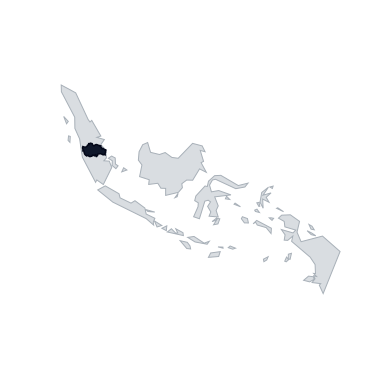 Jambi on a map of Indonesia (Albers equal-area conic projection), rotated 20°
{"feature_id": "IDN-1930", "entity_name": "Jambi", "entity_type": "Province", "adm_level": 1, "iso_a3": "IDN", "parent_name": "Indonesia", "parent_adm1": "", "projection": "albers", "projection_center": [102.763, -1.764], "detail": "fine", "context": "in_parent", "style": "filled", "palette": "ink", "viewbox_px": 384, "rotation_deg": 20, "n_neighbors": 0, "source": "natural_earth", "source_scale": "10m", "svg_char_len": 6171}
<svg xmlns="http://www.w3.org/2000/svg" viewBox="0 0 384 384"><g transform="rotate(20 192 192)"><path d="M133.4,160.7L139.5,168.9L148.6,167.9L153.3,164.1L161.3,166.4L167.5,165.0L175.9,146.1L185.8,145.2L190.5,149.7L185.5,150.1L192.4,159.3L190.5,161.3L198.7,168.6L191.2,167.7L188.6,180.7L182.9,182.6L179.6,187.7L181.5,191.3L179.3,197.0L168.4,204.2L166.0,197.6L161.5,199.1L156.9,195.5L148.7,199.7L147.6,195.1L137.5,195.5L135.7,183.7L130.7,180.4L128.5,172.3L129.5,164.4L133.4,160.7ZM32.5,136.2L48.8,138.6L69.7,159.5L72.2,161.1L73.3,159.0L87.2,170.6L83.9,173.2L91.7,172.7L90.1,178.7L96.5,181.9L99.9,189.3L98.5,192.8L103.7,191.3L108.2,196.4L106.1,215.3L98.4,213.2L98.1,215.9L77.1,196.8L68.2,180.5L60.2,172.3L56.2,161.8L35.0,142.5L32.5,136.2ZM351.5,197.3L350.0,242.6L343.5,236.0L344.3,234.1L335.8,236.0L337.3,231.5L335.0,229.1L335.8,228.8L337.2,229.0L338.0,228.8L334.1,226.9L335.9,226.4L332.5,218.1L325.3,212.8L302.5,204.3L301.8,198.9L298.5,204.7L295.1,205.7L294.1,200.4L288.8,196.7L300.9,195.9L302.5,192.3L291.2,193.0L288.7,188.1L282.2,187.0L284.2,183.1L292.2,179.8L303.1,182.8L304.4,193.8L311.5,201.4L329.7,188.8L351.5,197.3ZM240.0,169.2L232.0,173.9L209.8,172.0L207.1,173.7L206.1,179.5L210.2,185.2L216.6,181.5L229.6,181.4L215.0,188.8L221.4,196.1L221.0,201.1L225.2,206.5L216.3,208.9L216.5,204.3L211.6,200.2L212.8,194.9L210.0,194.2L207.2,196.2L208.1,214.6L202.0,214.7L202.7,203.7L201.6,200.0L197.5,199.2L197.0,194.4L202.2,181.9L204.5,181.6L203.8,176.2L207.7,168.9L213.4,166.5L233.3,170.1L241.6,164.5L240.0,169.2ZM108.4,215.9L124.0,218.6L126.4,222.1L138.5,223.3L141.4,219.7L153.2,223.2L156.5,228.4L166.1,229.4L165.9,233.6L167.3,236.2L158.1,232.7L121.1,228.6L102.7,222.3L108.4,215.9ZM259.8,170.7L266.6,165.8L263.5,171.6L267.9,175.3L260.8,174.5L264.4,182.9L259.4,178.3L257.7,168.6L262.2,161.3L259.8,170.7ZM262.5,196.6L279.0,198.9L280.5,204.0L273.9,200.1L264.6,200.7L262.0,198.6L260.3,201.0L262.5,196.6ZM224.1,235.9L211.9,237.9L203.5,236.1L209.1,233.1L220.9,235.9L225.1,232.4L224.1,235.9ZM189.3,232.1L197.4,233.3L198.8,235.9L182.5,238.0L185.2,233.6L190.7,236.2L192.6,235.3L189.3,232.1ZM238.9,238.4L239.1,243.5L229.8,247.8L230.4,242.9L238.9,238.4ZM108.2,186.3L110.5,191.9L113.6,192.7L112.5,196.1L107.9,194.4L106.4,189.9L101.9,188.9L104.2,185.7L108.2,186.3ZM333.3,236.2L327.1,236.8L330.3,231.2L335.1,230.1L336.6,232.3L333.3,236.2ZM204.8,240.9L208.5,243.3L210.2,246.0L206.4,246.9L197.5,241.8L204.8,240.9ZM253.2,198.0L255.6,201.8L251.8,203.1L247.5,200.2L247.8,198.0L253.2,198.0ZM166.5,232.0L175.1,233.8L171.1,236.8L166.5,232.0ZM179.9,232.4L181.1,237.1L176.1,236.4L179.9,232.4ZM123.3,193.6L119.1,197.1L119.5,192.6L123.3,193.6ZM306.4,215.6L307.2,221.7L305.3,221.9L303.8,217.5L306.4,215.6ZM163.9,223.6L157.3,225.4L154.5,224.3L163.9,223.6ZM227.3,207.7L227.3,213.1L223.5,215.4L225.1,208.1L227.3,207.7ZM45.6,164.9L51.6,168.0L50.8,170.8L45.6,164.9ZM60.3,187.1L57.9,185.9L56.8,181.5L58.6,181.4L60.3,187.1ZM283.4,232.9L282.1,230.7L285.7,226.8L285.5,230.3L283.4,232.9ZM278.0,177.5L284.8,179.2L277.1,178.4L278.0,177.5ZM236.3,187.7L242.6,189.3L235.7,189.1L236.3,187.7ZM224.4,210.3L221.0,212.9L224.0,208.1L224.4,210.3ZM313.0,182.5L316.5,183.1L319.8,185.7L316.6,186.2L313.0,182.5ZM252.1,229.9L249.8,231.8L245.1,231.9L246.3,229.7L252.1,229.9ZM305.9,222.6L304.4,225.4L302.8,225.3L303.1,220.8L305.9,222.6ZM262.4,188.2L258.2,188.6L257.1,187.6L258.9,185.9L262.4,188.2ZM313.4,189.0L318.5,189.6L323.3,190.8L318.6,191.3L313.4,189.0ZM225.9,184.2L230.0,186.1L225.7,187.0L225.9,184.2ZM266.3,161.2L263.4,160.7L266.2,158.7L266.3,161.2ZM235.2,234.7L239.9,233.2L240.4,234.2L235.2,234.7ZM277.7,188.8L276.9,191.3L273.4,189.9L275.2,189.2L277.7,188.8ZM179.7,201.5L177.9,203.2L179.4,197.9L179.7,201.5ZM258.5,178.8L260.6,182.2L259.8,182.7L256.6,180.0L258.5,178.8Z" fill="#d9dde1" stroke="#a8b0b8" stroke-width="1"/><path d="M90.1,179.9L90.2,180.0L90.3,180.0L90.1,180.3L90.4,180.3L90.6,180.3L90.8,180.5L91.0,180.8L91.2,181.0L91.3,181.0L91.5,181.2L91.5,181.3L91.8,181.3L92.1,181.6L92.3,181.6L92.5,181.6L92.6,181.8L92.7,182.1L92.8,182.2L92.9,181.9L93.0,181.7L93.3,181.6L93.6,181.5L94.1,181.7L94.3,181.8L94.7,181.9L94.9,181.9L95.3,182.1L95.5,182.2L95.8,182.0L96.2,181.9L96.6,181.9L96.9,182.6L96.8,183.0L96.8,183.3L96.9,183.5L97.1,183.8L97.2,184.3L97.2,185.4L97.2,185.7L97.3,186.0L97.6,186.5L97.7,186.8L97.4,186.8L97.2,186.6L96.9,186.5L96.7,186.5L96.4,187.1L96.2,187.3L95.6,187.4L95.2,187.5L94.9,187.4L93.7,187.2L93.4,187.2L93.2,187.2L90.7,188.4L90.6,188.5L90.6,189.5L90.7,189.8L90.8,190.0L90.7,190.2L90.3,190.3L90.2,190.3L90.1,190.5L90.2,190.9L90.2,191.1L90.2,191.3L89.9,191.4L89.1,190.6L89.0,190.3L88.9,190.1L88.7,189.9L88.4,190.2L88.2,190.4L88.2,190.5L88.3,190.8L88.4,191.1L88.3,191.3L88.0,191.4L87.9,191.4L87.7,191.3L87.3,191.2L87.1,191.3L86.9,191.3L86.7,191.2L86.3,191.1L86.1,191.1L85.9,191.3L85.9,191.5L86.0,191.6L86.1,191.8L85.6,192.6L85.4,192.8L85.2,192.9L84.9,192.9L84.8,193.0L84.5,193.2L84.4,193.3L84.3,193.5L84.2,193.6L83.6,193.7L83.4,193.7L83.2,193.7L82.8,193.6L82.5,193.4L82.1,193.3L81.9,193.1L81.7,193.4L81.3,193.6L81.2,193.7L80.9,193.7L80.8,193.8L80.5,194.1L80.4,194.0L80.2,194.0L80.0,193.8L79.8,193.7L79.7,193.7L79.6,193.8L79.4,193.8L79.2,193.6L78.9,193.5L78.5,193.3L78.2,193.1L78.0,192.8L77.8,192.6L77.6,192.4L77.5,192.2L77.4,192.0L77.2,191.9L76.8,191.1L76.7,190.9L76.6,190.7L76.4,190.6L76.3,190.4L76.2,190.4L75.4,190.7L75.2,189.9L74.9,189.2L74.7,188.9L74.4,188.6L74.1,188.1L74.0,187.7L73.9,187.3L73.9,186.6L74.1,186.6L74.4,186.6L74.5,186.7L75.9,186.5L76.0,186.6L76.3,186.6L76.6,186.3L76.7,186.1L77.0,185.9L77.5,185.4L77.8,185.1L77.8,184.9L77.8,184.7L77.9,184.4L77.7,184.0L77.8,183.8L77.8,183.7L78.0,183.6L78.3,183.5L78.5,183.4L78.8,183.1L78.9,182.9L78.9,182.7L78.7,182.7L78.5,182.4L78.5,182.1L78.4,181.9L79.2,181.7L79.3,181.6L79.4,181.4L79.5,181.3L79.5,181.2L79.9,180.9L80.0,180.8L80.5,180.8L80.9,180.8L81.0,180.8L81.2,180.7L81.3,180.7L81.7,180.7L81.8,180.8L82.0,181.1L82.3,181.4L82.4,181.5L82.5,181.6L82.7,181.8L82.8,181.8L83.0,182.0L83.8,182.2L84.0,182.2L84.2,181.7L84.4,181.5L84.5,181.5L84.5,181.4L84.7,181.1L84.8,181.0L84.9,180.9L85.1,180.8L85.1,180.7L85.4,180.4L85.5,180.3L85.6,180.2L86.4,180.0L86.7,180.0L87.7,180.1L90.0,179.9L90.1,179.9Z" fill="#0f172a" stroke="#020617" stroke-width="1.5"/></g></svg>